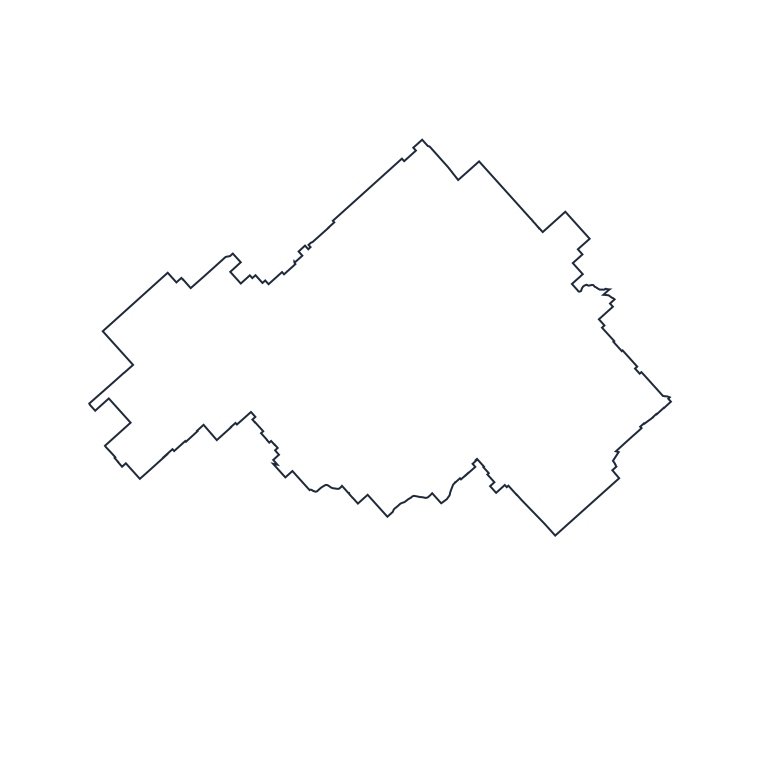 Bridgetown-Greenbushes, Western Australia, Australia, rotated 138°
{"feature_id": "25037944B12129239120455", "entity_name": "Bridgetown-Greenbushes", "entity_type": "district", "adm_level": 2, "iso_a3": "AUS", "parent_name": "Australia", "parent_adm1": "Western Australia", "projection": "mercator", "projection_center": [116.17, -33.991], "detail": "fine", "context": "isolated", "style": "outline", "palette": "slate", "viewbox_px": 768, "rotation_deg": 138, "n_neighbors": 0, "source": "geoboundaries", "source_scale": "gbopen_adm2", "svg_char_len": 5890}
<svg xmlns="http://www.w3.org/2000/svg" viewBox="0 0 768 768"><g transform="rotate(138 384 384)"><path d="M358.2,156.8L342.7,156.8L272.3,156.6L272.0,167.1L266.6,167.1L266.6,167.7L266.5,168.0L266.2,168.7L266.0,168.9L266.0,169.6L265.7,170.2L265.6,170.6L265.6,170.9L265.6,171.3L265.5,171.5L265.3,172.8L265.3,173.4L265.3,173.7L255.2,176.4L256.7,178.8L243.3,178.9L233.8,178.9L226.0,178.8L222.1,178.9L222.2,180.8L217.2,180.8L217.2,180.3L206.7,179.2L206.7,179.4L201.7,179.5L201.7,179.0L192.0,179.1L192.0,178.8L182.6,178.9L182.6,182.8L180.6,182.9L181.5,184.7L181.9,185.3L183.2,186.7L183.5,187.0L183.9,187.5L184.5,188.4L184.7,188.5L184.7,215.7L184.8,220.6L187.1,220.6L187.1,227.5L184.2,227.5L184.2,249.3L185.3,249.3L185.3,261.8L184.2,261.8L184.3,280.0L181.0,280.0L181.0,288.3L162.2,288.3L162.2,292.6L156.0,292.6L156.2,294.1L157.0,296.0L157.7,299.6L160.4,302.6L161.3,303.5L153.9,303.5L153.1,303.4L153.6,303.9L154.2,304.6L154.5,304.8L154.7,305.2L154.8,305.3L155.0,305.6L155.3,306.1L155.4,306.3L155.5,306.3L155.8,306.5L156.0,306.6L156.5,306.5L157.0,306.7L157.3,306.9L157.5,307.0L157.8,307.3L158.7,308.2L159.5,308.9L160.3,309.6L160.5,309.8L160.7,310.3L161.1,311.5L161.5,312.9L161.7,313.9L162.1,314.9L162.3,315.2L162.3,315.4L162.3,315.7L162.3,316.2L162.3,316.6L162.2,316.9L162.3,317.2L162.5,317.8L163.0,318.3L163.3,318.6L164.0,318.9L164.7,319.3L165.8,319.9L166.3,320.4L166.5,320.7L166.6,320.9L166.8,321.7L166.8,321.9L166.9,322.1L167.0,322.2L167.3,322.3L167.9,322.6L168.8,322.9L169.9,323.1L170.4,323.2L171.1,323.1L172.0,322.9L172.4,322.8L172.7,322.7L173.4,322.4L173.8,322.2L174.2,321.9L174.8,321.5L175.0,321.4L175.6,321.3L176.1,321.5L176.9,321.8L177.3,322.3L177.6,322.9L177.4,324.0L177.4,332.6L162.8,332.6L162.8,347.5L149.8,347.5L149.8,354.4L134.0,354.3L134.0,390.7L164.4,390.7L164.4,391.9L164.4,396.5L164.6,396.5L164.5,396.8L164.5,397.3L164.5,397.6L164.6,397.8L164.5,398.2L164.5,398.5L164.4,398.9L164.4,399.0L164.5,399.3L164.5,399.7L164.5,399.8L164.5,400.0L164.5,400.3L164.4,400.5L164.4,400.9L164.4,401.4L164.4,401.6L164.4,401.8L164.4,402.0L164.4,402.9L164.4,403.2L164.5,404.1L164.5,404.5L164.5,404.8L164.4,405.2L164.3,405.4L164.4,406.1L164.4,406.3L164.4,406.6L164.4,406.9L164.3,407.2L164.3,407.6L164.2,407.9L164.3,408.1L164.4,408.3L164.4,485.8L183.9,485.9L192.4,486.0L191.3,502.3L191.2,528.3L191.2,530.0L191.3,530.1L191.5,530.4L191.6,530.5L191.7,530.8L191.8,530.9L191.9,531.1L192.1,531.4L192.2,531.6L192.2,531.8L192.2,540.0L204.1,540.0L204.1,536.1L219.9,536.1L219.9,539.5L296.4,539.5L306.2,539.5L311.5,539.5L312.8,539.5L312.8,537.4L320.6,537.4L320.6,537.2L342.1,537.3L343.7,537.9L347.0,537.9L347.0,534.9L350.1,534.8L350.1,539.7L358.8,539.6L358.8,534.0L368.4,534.0L368.7,534.7L368.7,534.9L368.7,535.0L368.8,534.9L369.4,533.9L369.6,532.4L384.9,532.4L384.9,535.4L392.4,535.4L392.6,535.4L403.0,535.4L403.0,540.4L406.7,540.4L406.7,550.8L411.0,550.8L411.0,554.5L423.2,554.5L423.2,570.2L409.0,570.3L409.1,582.1L412.9,582.1L416.6,584.4L445.8,584.4L463.5,584.6L463.4,596.2L463.6,596.2L463.6,598.4L470.3,598.4L470.3,603.1L470.3,604.1L470.3,611.4L557.7,611.4L557.7,603.3L557.7,566.1L570.1,566.2L569.7,566.3L587.7,566.4L616.1,566.7L616.5,565.2L616.5,557.4L598.2,557.4L598.2,524.8L632.7,524.8L632.9,523.1L632.7,515.2L632.7,509.3L633.7,509.3L633.7,504.0L633.9,504.0L634.0,497.8L631.5,497.8L630.2,497.8L628.9,497.8L628.9,492.0L628.9,484.3L628.9,484.0L628.9,482.8L628.9,476.9L619.1,476.8L594.4,476.8L594.9,477.1L584.8,477.1L584.8,474.6L569.8,474.6L569.8,473.6L554.2,473.7L554.2,474.3L545.4,474.4L545.8,454.2L526.6,454.2L526.6,454.5L520.4,454.4L520.4,452.3L501.6,452.2L501.6,445.6L505.6,445.6L505.6,441.8L505.4,441.8L505.4,429.7L508.3,429.7L508.3,420.9L508.5,420.7L508.5,417.2L506.0,417.2L506.0,412.1L505.8,412.1L505.8,407.6L509.3,407.6L509.4,403.7L509.4,401.7L517.1,401.7L517.2,395.4L519.8,398.9L519.8,380.6L510.3,380.6L510.3,355.8L510.2,354.9L509.7,354.9L509.3,354.6L509.0,354.3L508.7,353.8L508.6,353.4L508.4,353.0L508.3,352.3L508.1,351.8L508.0,351.4L507.8,351.2L507.7,351.2L507.5,350.8L507.3,350.4L507.1,350.0L506.7,349.6L506.4,349.4L505.9,349.2L505.3,349.0L505.2,349.1L504.2,349.1L502.6,349.1L501.7,349.1L500.9,349.1L499.7,349.0L497.9,348.7L496.0,348.3L495.2,348.1L494.6,347.8L494.1,347.3L493.6,346.5L493.5,346.0L493.3,345.4L493.0,344.3L492.8,343.4L492.8,343.0L491.8,340.8L490.7,339.6L490.4,339.2L489.4,338.0L488.4,336.9L488.0,336.6L487.8,336.4L487.6,336.4L486.7,336.2L485.0,336.2L484.1,336.3L483.4,336.4L483.4,336.1L483.4,325.9L483.1,325.9L483.5,325.0L483.5,324.8L483.5,321.6L483.5,320.4L483.4,320.1L483.4,312.6L470.3,312.6L470.3,283.1L463.2,283.1L462.9,283.1L462.5,283.3L461.7,283.8L461.1,284.0L460.5,284.2L459.9,284.3L459.4,284.3L459.2,284.3L457.5,284.2L456.1,284.1L454.6,284.1L453.8,284.1L452.5,284.1L451.9,284.1L451.3,283.9L450.6,283.7L449.7,283.4L448.5,282.8L447.8,282.5L447.3,282.5L446.4,282.4L445.2,282.3L443.8,282.2L443.6,282.2L443.2,282.2L442.4,282.0L441.9,281.9L440.8,281.7L440.1,281.5L438.6,281.5L437.9,281.4L437.3,281.2L436.9,281.0L436.6,280.7L436.2,280.4L433.3,276.5L432.9,275.9L432.0,275.0L431.7,274.7L431.1,274.0L430.5,273.2L430.2,272.7L429.5,271.8L429.0,271.3L428.5,271.0L428.0,270.7L427.5,270.5L427.0,270.4L426.5,270.4L425.8,270.4L424.7,270.4L423.6,270.4L422.6,270.5L421.9,270.5L421.5,270.6L421.3,270.6L421.3,258.9L421.3,257.1L420.4,257.0L420.0,256.9L418.7,256.8L414.8,256.4L414.4,256.4L414.1,256.4L413.7,256.5L412.9,256.7L412.1,256.9L411.1,257.1L410.6,257.2L410.1,257.3L409.6,257.5L409.2,257.8L408.8,258.0L408.1,258.6L407.7,258.9L406.8,259.4L403.9,261.0L402.0,261.9L400.7,262.6L400.0,262.9L399.4,263.0L398.4,263.1L397.6,263.2L397.1,263.3L397.1,263.1L390.6,263.1L390.6,261.6L383.0,261.6L383.3,261.4L371.6,261.3L371.6,265.4L366.9,265.4L366.9,266.1L365.0,266.1L365.0,255.7L365.8,255.7L365.8,247.6L367.7,247.6L367.7,237.1L373.5,237.1L373.5,228.1L361.8,228.1L361.8,225.2L359.6,225.2L359.6,213.1L359.4,213.1L359.4,205.5L358.2,172.4L358.2,156.8Z" fill="none" stroke="#1e293b" stroke-width="2"/></g></svg>